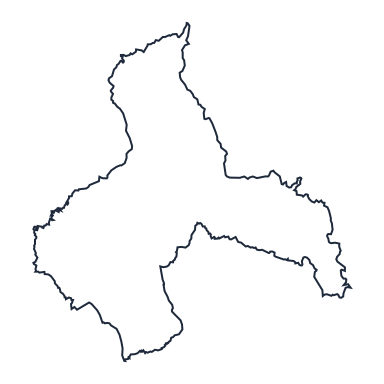 the district of Wang Thong, Phitsanulok, Thailand
{"feature_id": "78962969B63856806538884", "entity_name": "Wang Thong", "entity_type": "district", "adm_level": 2, "iso_a3": "THA", "parent_name": "Thailand", "parent_adm1": "Phitsanulok", "projection": "robinson", "projection_center": [100.584, 16.85], "detail": "fine", "context": "isolated", "style": "outline", "palette": "slate", "viewbox_px": 384, "rotation_deg": 0, "n_neighbors": 0, "source": "geoboundaries", "source_scale": "gbopen_adm2", "svg_char_len": 5930}
<svg xmlns="http://www.w3.org/2000/svg" viewBox="0 0 384 384"><path d="M124.3,360.9L125.1,361.0L124.6,360.2L125.1,359.4L128.0,359.0L128.5,357.3L129.5,358.1L129.5,356.6L130.8,354.4L134.8,354.2L137.6,353.2L140.0,350.8L140.8,351.5L141.2,351.1L141.3,351.7L142.3,351.0L142.3,351.5L142.5,351.6L143.4,350.4L145.1,353.1L145.9,352.0L147.6,352.7L150.4,351.5L151.8,351.9L154.9,349.8L156.5,350.0L156.7,350.7L156.8,350.2L158.1,350.4L161.2,349.3L161.5,348.3L162.1,348.6L162.4,347.8L164.0,347.1L165.2,345.8L164.9,345.0L165.5,344.8L165.8,343.4L167.0,343.0L167.3,343.6L168.5,342.7L168.7,341.8L170.4,340.9L171.2,337.7L173.1,337.1L174.7,335.3L178.9,334.3L182.4,329.4L182.0,324.5L180.6,320.4L172.0,311.6L171.9,310.0L172.9,308.1L172.2,304.8L168.8,300.5L167.6,296.8L164.6,291.1L163.5,284.7L164.0,284.6L164.0,283.3L162.6,279.5L160.3,266.4L163.3,267.2L166.7,266.6L168.7,265.3L170.4,262.1L173.1,262.3L173.2,260.8L174.9,259.5L175.3,257.8L176.4,256.7L176.8,252.8L176.0,252.2L177.0,250.7L177.5,247.3L181.6,246.9L185.5,247.6L188.6,245.3L189.5,243.2L189.6,241.0L191.3,238.6L191.5,235.0L195.0,229.9L195.3,225.7L196.8,224.7L197.4,222.8L199.0,223.7L200.1,223.0L201.3,223.7L202.8,226.5L204.7,226.4L205.1,227.8L206.3,228.5L206.5,230.0L208.3,231.9L208.7,233.8L210.0,233.5L210.8,234.4L210.6,236.0L211.6,238.4L214.2,236.9L214.8,237.5L214.7,238.8L217.4,238.6L218.6,237.6L219.2,238.5L224.1,236.0L225.2,237.3L228.3,236.6L229.6,239.2L231.1,239.4L235.6,237.0L238.2,242.0L241.1,242.6L245.7,246.5L247.8,246.0L250.7,247.6L252.3,247.2L254.1,248.0L255.6,247.5L256.7,249.5L259.0,250.2L262.2,249.8L268.7,253.0L269.4,252.9L270.3,251.5L272.4,251.5L274.6,252.6L274.3,255.7L275.4,256.6L283.8,259.5L285.2,259.3L286.7,260.0L287.8,258.9L288.0,260.4L293.6,261.0L295.2,262.2L295.3,263.4L298.2,262.8L299.4,264.8L300.6,265.4L301.9,265.4L302.4,264.6L301.9,261.2L303.4,257.5L304.9,257.0L307.1,257.7L309.4,260.0L310.2,263.1L313.0,265.1L314.6,268.5L316.6,269.8L316.4,270.7L314.9,271.9L314.2,276.8L322.4,290.2L322.8,296.0L324.4,294.7L326.7,294.2L331.4,295.8L332.7,294.7L333.8,295.2L337.1,294.1L338.3,294.9L339.5,297.4L341.1,297.8L343.2,296.5L343.5,293.3L345.6,287.8L347.6,287.1L350.6,287.7L348.1,284.2L343.7,285.1L346.0,282.3L346.3,279.4L345.5,278.6L343.5,278.6L341.4,275.9L340.8,270.4L341.9,269.7L344.9,270.9L344.9,267.3L337.5,261.7L336.3,259.3L337.1,256.8L339.7,254.0L339.9,252.0L340.7,250.7L339.2,246.7L339.3,243.6L335.1,242.7L331.2,243.2L330.0,242.8L328.9,241.9L328.3,238.5L327.3,236.7L327.1,235.4L328.1,234.0L331.0,234.2L332.6,229.8L331.9,223.4L330.7,220.2L330.9,218.4L329.1,211.1L327.5,207.3L324.0,205.6L324.5,202.8L322.5,202.6L321.2,200.5L318.9,202.2L316.4,200.2L314.4,202.5L311.8,201.5L309.3,199.1L307.8,196.3L308.0,195.0L306.8,194.3L305.5,194.4L303.1,196.6L301.9,195.4L296.8,194.7L296.5,191.1L294.2,190.2L295.5,189.1L296.4,186.9L300.3,183.9L300.1,181.4L301.4,178.5L301.0,177.9L300.0,177.5L297.4,178.5L297.6,180.4L296.9,181.4L296.8,183.4L294.8,183.3L292.1,185.2L291.1,187.3L289.1,187.5L286.6,186.0L286.1,182.0L284.3,182.9L282.9,184.5L281.7,184.1L279.8,176.4L274.4,172.2L273.4,170.7L270.7,171.6L268.9,175.7L267.9,176.5L265.3,176.4L257.0,178.1L252.8,176.5L249.5,177.5L247.9,178.9L244.3,176.5L239.8,177.8L229.8,177.6L227.0,176.5L225.7,175.0L224.0,163.4L225.5,160.4L225.2,156.0L227.0,153.9L226.2,151.5L221.1,147.6L220.6,143.9L217.3,140.2L217.2,137.0L215.7,132.3L212.3,123.5L209.5,118.3L208.7,118.0L205.4,119.2L204.3,118.7L203.7,112.9L204.8,109.0L201.6,106.9L200.3,104.8L198.5,104.5L197.3,99.3L193.9,97.1L192.7,94.1L190.3,90.9L187.3,89.5L185.1,84.7L181.1,79.7L180.1,77.3L179.7,72.7L182.4,71.0L184.8,65.5L184.1,60.2L182.7,58.1L182.7,52.4L182.0,50.1L185.0,45.3L188.8,43.9L186.2,40.3L188.0,36.2L189.5,25.9L187.7,23.3L186.7,23.0L186.4,25.5L184.1,29.1L183.1,32.7L179.1,37.2L178.1,37.0L176.6,34.0L172.6,34.3L170.2,35.8L169.2,35.2L164.8,37.1L162.9,36.9L158.7,40.8L155.9,40.1L154.2,42.9L152.6,43.0L150.9,44.2L147.7,44.4L147.6,45.5L143.7,52.0L141.7,50.4L136.1,49.4L135.9,51.7L132.3,54.3L130.5,53.4L129.6,55.0L125.7,56.1L123.7,54.9L120.9,55.0L120.9,56.2L122.6,56.8L122.1,58.4L123.8,60.7L123.8,61.8L123.0,62.6L121.3,60.9L120.5,60.9L118.6,63.9L117.0,65.0L116.3,67.3L114.0,69.5L112.0,76.2L109.0,78.3L108.5,80.2L109.7,82.7L113.6,86.1L113.1,87.8L110.8,90.5L110.9,91.5L113.0,93.9L111.4,97.4L111.3,99.6L113.1,101.0L113.1,102.8L114.8,103.5L117.3,106.8L119.9,108.7L123.1,113.3L126.7,124.8L126.0,130.8L129.7,138.1L132.1,146.1L131.8,149.1L128.7,151.3L126.5,153.9L126.6,157.9L124.8,163.1L121.5,165.4L120.2,165.3L116.4,166.9L111.4,170.3L107.3,175.5L107.5,177.3L106.8,178.4L102.4,178.2L99.4,176.7L98.9,181.2L89.6,185.0L88.4,187.0L86.2,188.5L78.9,189.3L78.4,190.5L75.1,190.3L72.5,193.4L71.7,196.2L69.0,196.4L69.0,198.1L66.1,203.0L66.6,203.4L68.0,202.2L68.3,203.0L67.5,204.6L66.5,204.0L64.7,205.3L64.0,207.8L63.0,207.8L62.2,208.8L59.4,208.3L60.7,210.4L58.6,209.3L59.1,210.4L58.7,212.0L56.4,210.8L56.8,209.2L54.7,210.8L53.7,212.9L53.1,212.7L52.8,211.1L51.5,211.1L51.8,213.8L51.0,215.4L52.6,215.1L52.9,215.5L51.7,216.6L51.5,218.3L51.8,219.1L53.3,220.0L52.2,220.2L50.1,218.8L48.8,222.9L49.1,224.6L46.6,224.1L45.7,225.5L44.2,225.6L43.4,228.0L42.3,227.6L42.4,226.8L37.7,226.0L37.9,228.1L37.2,230.2L36.0,230.0L36.3,227.2L34.9,226.6L34.2,227.0L33.4,229.2L34.4,230.1L34.1,232.7L35.3,234.0L34.8,235.1L36.4,236.9L36.2,238.2L35.0,239.6L35.0,244.1L34.1,245.8L34.5,246.9L34.0,248.8L35.9,253.2L35.3,254.6L37.4,257.6L35.4,261.8L33.4,262.8L33.8,263.9L36.4,265.5L35.5,269.0L36.0,270.8L35.4,271.7L38.3,271.7L39.3,272.6L44.4,271.9L44.7,274.1L48.3,274.4L51.0,276.2L54.8,281.3L54.9,283.3L57.7,286.3L58.0,287.8L59.3,287.8L59.7,288.5L60.5,292.1L62.8,293.6L64.4,295.8L64.6,297.3L65.7,297.4L65.9,299.2L68.9,297.5L71.0,298.2L71.5,300.1L73.0,300.0L71.9,303.1L71.0,304.0L71.6,309.0L74.4,307.0L77.0,309.7L89.1,302.5L91.6,304.0L97.2,310.3L99.8,314.9L102.5,322.7L103.6,322.3L104.7,323.3L107.6,322.9L109.5,323.4L111.0,325.4L116.6,328.9L119.5,334.7L121.4,341.8L122.6,348.6L122.2,355.4L124.3,360.9Z" fill="none" stroke="#1e293b" stroke-width="2"/></svg>